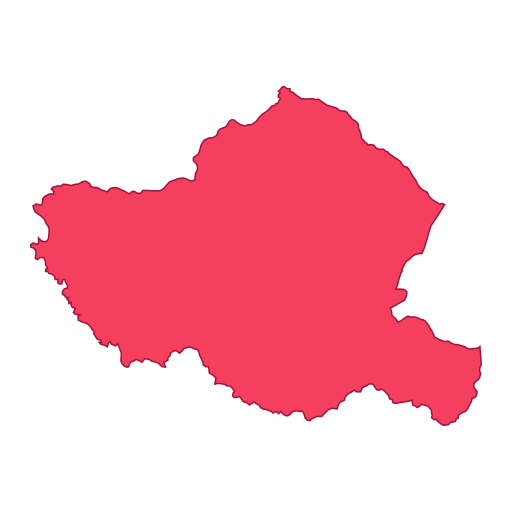 Marianópolis do Tocantins, Tocantins, Brazil (orthographic projection)
{"feature_id": "56859067B16841021210330", "entity_name": "Marianópolis do Tocantins", "entity_type": "district", "adm_level": 2, "iso_a3": "BRA", "parent_name": "Brazil", "parent_adm1": "Tocantins", "projection": "orthographic", "projection_center": [-49.708, -9.772], "detail": "fine", "context": "isolated", "style": "filled", "palette": "rose", "viewbox_px": 512, "rotation_deg": 0, "n_neighbors": 0, "source": "geoboundaries", "source_scale": "gbopen_adm2", "svg_char_len": 5889}
<svg xmlns="http://www.w3.org/2000/svg" viewBox="0 0 512 512"><path d="M57.6,185.9L52.6,187.3L51.3,189.2L53.8,191.5L53.5,194.3L50.3,193.8L48.2,194.5L44.3,196.8L42.7,198.9L42.5,202.8L41.0,205.4L36.3,203.9L33.0,206.0L33.8,208.9L35.3,212.0L41.1,216.1L44.2,219.1L46.6,224.1L48.0,225.9L49.2,229.4L48.9,234.8L48.2,239.3L46.5,241.3L44.3,241.7L41.2,240.8L38.5,237.9L38.6,243.2L36.7,244.4L33.3,242.9L30.7,244.7L30.9,247.3L33.5,248.0L35.7,250.2L36.0,253.2L35.3,258.5L37.5,259.7L39.8,257.6L43.8,257.6L45.6,262.0L45.4,264.2L46.7,266.6L47.6,268.6L45.5,269.2L45.6,271.5L47.6,271.4L48.9,273.4L51.5,273.9L54.5,276.1L55.2,279.5L58.2,279.8L57.7,282.6L59.4,284.0L61.7,284.0L62.6,279.7L64.8,279.8L65.9,282.8L67.7,285.8L67.1,288.0L64.4,288.8L62.4,291.4L62.5,294.5L64.6,295.2L65.7,297.5L68.4,297.7L67.0,299.3L68.7,300.6L68.9,303.5L71.0,302.4L71.0,304.9L72.3,307.4L75.2,308.4L74.4,310.6L73.4,312.4L75.3,314.3L80.0,315.0L78.0,316.4L78.3,320.1L81.5,321.8L86.9,323.4L90.5,326.6L91.8,329.2L94.4,331.6L93.7,333.5L95.3,336.2L97.0,339.0L100.7,340.3L101.5,342.3L99.2,342.3L101.3,344.6L103.5,344.8L107.4,346.8L108.2,343.5L110.0,341.4L111.2,343.9L115.3,345.9L117.9,344.0L118.8,346.1L121.4,353.1L121.1,357.4L120.9,360.7L121.9,363.1L123.8,365.7L126.5,367.2L128.7,366.8L129.3,364.1L131.2,361.9L134.0,360.8L136.0,359.5L139.2,360.6L142.0,362.3L144.8,358.7L148.9,359.4L152.3,361.4L154.8,361.9L158.4,363.1L160.4,365.2L162.4,366.8L165.6,367.0L164.7,364.9L163.9,362.5L167.9,360.2L167.8,358.0L170.1,355.4L170.5,353.2L173.2,351.1L176.4,350.6L179.6,353.3L182.4,350.6L183.7,348.7L188.2,347.1L190.7,347.2L194.4,348.9L197.6,349.6L199.0,352.4L199.5,354.8L200.9,357.9L203.2,362.8L203.3,365.1L205.8,366.7L208.2,366.6L208.9,368.6L209.3,373.0L213.6,375.6L216.0,378.2L214.8,384.1L216.9,383.6L220.6,383.6L224.8,384.4L227.0,385.9L229.7,386.0L232.0,387.7L234.6,391.5L233.1,393.1L232.6,395.9L233.9,397.4L236.5,397.4L239.8,396.7L242.4,400.4L243.9,402.0L246.1,402.3L249.4,404.9L252.2,403.3L254.1,401.9L256.3,403.8L259.5,405.3L260.3,407.4L263.5,409.2L265.8,409.3L268.1,410.3L271.0,411.3L273.0,413.0L276.3,411.5L278.7,413.7L280.9,411.4L283.0,414.0L285.7,415.7L287.9,415.8L290.5,414.0L292.0,412.1L294.0,411.2L296.6,410.8L299.9,411.6L301.9,410.9L303.3,412.4L304.2,414.6L305.2,418.0L307.6,420.3L310.0,420.6L311.7,419.0L317.0,416.4L321.7,416.5L324.9,413.0L328.6,409.5L332.4,408.2L337.0,409.0L338.7,403.6L340.3,402.2L344.4,400.2L345.1,396.9L348.4,393.6L351.3,392.2L354.4,390.0L356.2,391.8L360.5,391.9L362.3,387.7L367.2,385.4L369.2,383.9L373.0,384.1L374.9,387.2L376.7,389.8L379.3,390.1L381.3,389.0L384.4,390.9L386.6,393.4L388.5,395.4L389.6,398.9L392.1,399.6L393.0,402.7L395.1,403.3L398.4,402.9L401.0,402.4L404.9,401.8L409.1,401.0L411.8,400.2L413.0,405.5L415.3,405.7L416.8,407.4L419.1,406.7L421.2,404.5L424.2,404.9L427.8,406.1L431.6,410.1L431.4,412.5L432.2,415.1L431.6,417.6L433.7,419.5L436.2,419.6L438.3,421.8L440.8,423.8L443.5,425.3L448.4,424.7L450.2,422.6L452.2,422.2L455.2,421.5L456.2,419.3L458.2,418.1L458.2,415.9L459.8,413.9L462.7,412.5L465.6,411.4L467.7,408.8L469.0,405.7L471.1,402.3L472.3,398.3L474.9,397.5L476.5,395.4L477.1,391.5L475.6,389.9L473.8,387.3L473.9,384.0L475.0,382.1L478.5,379.4L479.7,377.3L480.6,373.8L479.5,370.2L480.0,367.3L481.3,364.5L479.9,346.5L478.3,348.0L473.7,348.6L469.8,349.0L467.1,348.4L464.8,346.7L462.4,346.0L460.1,345.3L457.8,344.6L454.2,344.4L451.1,343.0L448.2,341.1L444.5,341.6L442.3,340.8L439.7,339.7L437.1,338.3L434.3,336.9L433.5,334.3L431.7,330.7L430.0,328.2L428.7,325.5L426.1,322.0L423.8,320.0L420.5,319.2L417.4,317.7L413.9,316.9L411.7,317.1L407.8,316.2L404.4,318.1L400.7,321.1L397.7,321.9L395.9,319.0L394.0,317.3L392.0,315.4L391.4,310.7L390.3,308.2L402.4,301.3L404.6,300.2L406.0,296.9L406.6,294.9L406.9,292.0L405.2,290.1L403.3,289.4L400.3,289.1L395.7,289.1L396.9,286.8L397.7,284.4L398.4,281.1L399.3,277.9L400.1,275.5L400.9,273.2L402.1,271.1L402.1,268.6L404.2,265.2L405.9,261.8L408.2,260.0L410.3,258.5L412.3,256.2L415.7,254.4L419.1,253.6L421.8,253.6L424.5,247.5L427.0,238.9L430.6,226.4L439.4,213.0L444.6,204.7L442.2,203.4L439.5,204.2L437.4,202.7L434.0,200.7L431.2,198.8L429.0,196.2L427.1,192.2L424.9,191.1L422.8,190.0L420.3,187.8L417.8,184.6L416.6,182.0L415.5,179.7L414.1,178.2L412.6,175.6L410.6,172.4L409.0,169.4L407.3,167.3L404.2,166.5L402.3,164.6L401.1,162.5L399.6,160.8L397.7,159.4L394.9,157.7L392.6,156.0L389.6,154.2L387.7,151.8L385.6,151.3L383.8,149.3L379.2,149.2L376.0,148.0L374.2,145.4L370.9,144.4L368.3,145.1L366.9,143.6L364.5,141.5L361.5,138.0L361.1,135.0L359.9,131.3L358.5,127.8L358.3,124.2L356.5,122.0L354.1,120.2L352.2,119.2L351.0,117.4L349.6,115.6L348.0,114.2L347.1,112.3L344.3,110.9L341.7,111.1L338.7,110.1L336.4,108.0L332.7,106.9L330.0,106.1L326.9,105.1L323.1,102.6L320.8,100.9L318.3,99.2L315.1,99.6L312.7,98.6L310.2,98.7L307.2,99.0L304.1,98.9L301.0,98.6L298.5,96.7L295.9,94.9L294.1,93.2L292.1,92.0L289.8,91.3L290.0,88.7L287.2,88.8L284.3,86.7L282.2,87.0L280.4,89.4L278.5,91.3L280.2,92.6L278.5,94.6L278.2,97.0L280.4,98.5L279.2,100.5L277.6,103.4L275.6,103.8L274.6,105.7L272.0,105.9L268.3,110.0L265.6,112.1L262.0,114.5L259.2,117.4L255.8,121.8L251.5,124.6L248.1,124.8L244.4,126.1L239.3,124.0L236.6,122.2L234.2,120.1L231.7,119.7L229.4,121.3L227.6,124.1L226.3,126.6L220.7,128.8L218.4,130.6L216.7,135.3L213.3,137.6L208.8,138.0L204.0,140.3L201.2,144.9L198.7,153.7L197.0,155.1L193.4,157.6L193.4,160.6L196.9,164.6L197.6,167.9L197.1,170.6L195.4,173.4L194.9,179.9L191.3,181.0L188.6,180.0L185.5,178.6L183.2,178.0L178.8,178.5L169.6,181.8L164.0,188.2L162.1,189.7L159.6,190.8L154.7,190.8L152.0,190.8L146.7,190.4L142.8,190.5L140.8,193.4L136.6,193.1L134.3,191.3L131.7,191.7L129.7,193.7L126.9,192.9L125.0,191.3L121.9,190.2L117.9,188.1L115.0,187.5L110.4,188.4L107.1,191.8L104.1,190.7L101.5,190.0L98.7,188.2L96.3,187.3L94.3,187.5L91.0,186.6L89.4,183.4L85.6,181.2L82.7,181.5L80.6,182.8L78.5,183.9L74.2,184.5L71.2,185.5L67.3,184.6L63.4,184.2L60.7,186.2L57.6,185.9Z" fill="#f43f5e" stroke="#9f1239" stroke-width="1.5"/></svg>